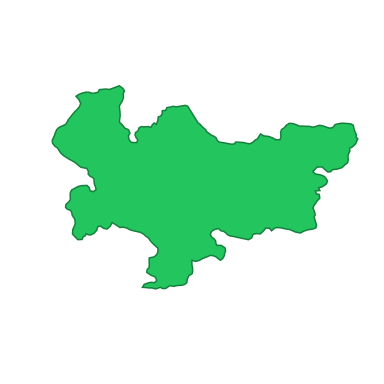 outline of Camacan, Bahia, Brazil, rotated 104°
{"feature_id": "56859067B31300760989852", "entity_name": "Camacan", "entity_type": "district", "adm_level": 2, "iso_a3": "BRA", "parent_name": "Brazil", "parent_adm1": "Bahia", "projection": "robinson", "projection_center": [-39.517, -15.442], "detail": "fine", "context": "isolated", "style": "filled", "palette": "green", "viewbox_px": 384, "rotation_deg": 104, "n_neighbors": 0, "source": "geoboundaries", "source_scale": "gbopen_adm2", "svg_char_len": 4349}
<svg xmlns="http://www.w3.org/2000/svg" viewBox="0 0 384 384"><g transform="rotate(104 192 192)"><path d="M136.3,61.0L135.0,57.5L133.9,55.3L131.9,52.2L128.6,50.2L126.1,48.2L122.7,48.1L120.0,49.3L117.7,49.4L114.3,48.7L111.4,49.7L109.6,47.4L105.8,44.9L103.2,44.6L100.4,43.9L98.9,46.2L96.6,46.4L93.9,48.6L90.7,50.5L88.2,51.6L87.5,54.3L87.9,57.4L88.3,59.9L88.9,63.1L90.2,66.1L91.8,69.3L95.5,71.1L96.8,74.0L96.5,77.7L96.2,80.8L96.4,84.4L98.1,87.1L99.8,90.2L99.9,94.1L100.9,98.2L101.3,100.8L102.1,103.6L101.5,107.1L101.2,110.7L101.8,114.2L104.5,116.7L107.2,117.9L109.9,120.3L112.8,120.4L117.2,119.0L120.1,119.3L121.0,123.2L120.1,126.3L119.5,131.0L120.2,135.6L119.1,139.6L121.9,140.5L124.7,141.4L126.2,143.2L128.8,144.8L131.3,147.5L131.6,151.4L131.5,153.8L132.0,156.5L132.4,159.1L133.0,161.8L135.1,162.5L136.1,165.4L136.4,170.5L136.7,175.0L137.0,177.8L135.9,180.0L133.7,181.6L132.7,183.8L132.1,187.1L131.1,189.6L130.0,192.2L128.3,193.8L127.2,195.9L126.0,198.3L124.5,200.2L123.4,202.9L109.7,217.0L109.6,219.6L110.9,222.5L112.0,225.2L113.1,227.5L113.4,231.1L114.8,233.5L116.1,236.7L119.3,237.4L120.2,240.5L123.5,239.9L126.0,240.8L127.3,242.9L131.0,242.5L134.9,242.9L134.2,245.4L136.4,246.8L139.1,247.3L139.1,250.4L140.4,254.1L140.8,257.1L142.7,259.0L145.7,259.1L148.0,261.2L150.4,261.1L152.7,259.5L154.5,257.3L157.4,257.5L158.6,262.6L156.5,265.8L152.9,267.3L149.9,266.4L146.9,268.7L146.2,272.9L143.7,275.8L141.9,279.2L139.0,279.8L135.6,280.1L131.6,281.3L128.6,282.4L126.2,283.3L123.1,282.5L120.6,281.7L117.2,281.3L113.2,282.5L110.3,282.0L108.2,284.1L106.5,288.2L108.7,291.3L110.7,294.3L112.4,296.8L113.0,300.7L113.9,303.3L115.1,306.7L117.9,307.3L119.1,309.4L120.4,312.6L120.1,316.0L120.8,319.1L122.8,322.8L124.8,325.6L127.2,327.7L129.6,324.2L133.0,321.4L136.6,321.9L140.0,323.6L142.7,325.3L145.1,326.5L148.8,328.1L151.8,329.5L154.3,330.1L156.9,330.9L159.4,334.1L161.7,336.8L164.1,338.3L167.4,338.9L170.2,339.1L173.0,339.6L175.6,340.1L178.3,339.2L180.6,336.4L182.0,332.9L184.3,330.6L186.1,328.5L187.8,325.4L188.6,323.0L189.8,319.5L190.6,316.3L191.5,313.0L193.5,308.8L194.8,306.1L194.8,303.3L194.5,299.9L197.0,297.5L199.7,297.1L201.4,294.7L201.9,291.9L203.5,290.1L207.0,289.1L209.5,287.6L212.6,285.6L215.5,287.7L215.4,291.2L212.6,292.8L211.0,295.5L212.4,300.2L213.8,303.2L215.7,305.6L217.3,307.2L219.0,309.2L221.8,309.9L224.6,309.5L226.7,308.8L228.8,308.2L231.1,309.1L234.6,311.3L237.5,311.0L238.9,308.8L239.2,305.4L241.0,303.8L243.5,302.6L247.0,299.0L251.0,297.6L254.3,298.0L257.1,298.6L261.7,297.8L263.7,294.8L265.9,291.2L264.6,287.1L261.8,286.8L260.2,284.9L258.1,284.5L258.6,282.1L258.0,279.6L255.7,277.0L251.9,275.1L248.4,275.1L247.2,272.6L248.7,268.9L248.5,265.5L245.2,263.1L240.9,262.1L242.5,257.2L243.9,253.4L242.7,250.1L242.8,246.4L243.7,242.9L243.8,239.5L243.7,235.2L243.6,232.3L244.5,229.0L246.0,226.2L247.0,223.4L249.1,221.0L251.1,218.2L253.0,214.8L254.7,211.5L258.2,210.6L261.4,211.2L264.2,213.1L266.2,217.5L269.4,216.9L272.7,215.9L275.8,215.3L277.9,216.7L280.9,216.5L282.6,212.0L283.0,209.3L283.6,206.7L286.6,204.8L289.1,206.6L289.6,210.1L291.4,213.5L293.3,216.1L296.5,217.0L295.8,213.1L295.5,210.4L294.8,207.9L294.8,203.7L292.2,199.8L292.8,196.9L291.9,194.1L288.3,191.0L288.0,186.8L286.8,184.8L286.0,182.5L284.8,179.1L283.6,176.9L281.3,175.1L277.6,175.5L274.1,174.8L271.0,172.0L268.7,172.2L265.7,173.0L262.3,174.6L258.2,175.5L258.5,171.8L256.7,168.4L254.1,165.8L252.3,163.2L250.9,161.3L249.0,158.8L248.7,155.1L249.3,152.6L250.5,150.2L251.3,147.9L249.4,146.2L245.9,145.2L243.7,145.5L241.2,145.1L238.3,146.3L236.7,150.8L237.8,155.1L235.8,156.5L233.6,157.3L232.0,159.4L231.0,162.0L228.6,164.0L225.5,163.5L223.1,161.2L221.0,157.4L222.6,154.8L222.6,151.5L223.8,148.8L225.1,146.7L225.4,144.2L225.1,140.5L224.8,129.7L224.6,125.6L222.1,123.0L218.2,122.5L216.7,119.2L216.2,115.7L213.6,113.8L209.1,111.6L208.4,108.2L210.4,105.4L206.9,103.0L205.9,100.7L205.3,97.5L205.2,92.4L204.8,87.9L205.8,82.1L205.6,76.9L202.9,74.0L200.8,70.7L198.7,65.8L196.9,63.2L194.2,63.0L189.9,65.6L186.7,67.4L184.3,66.9L181.3,68.5L178.4,70.7L176.0,70.5L173.8,69.6L170.1,68.3L167.2,66.5L163.6,67.9L163.7,70.8L161.1,72.6L159.7,68.3L157.3,70.2L155.4,66.8L151.6,63.5L148.6,63.2L146.9,64.7L145.0,67.1L144.4,69.8L144.3,72.7L144.7,76.7L142.9,79.7L140.4,78.2L137.6,76.7L136.2,71.8L138.2,68.2L139.7,65.2L138.9,62.5L136.3,61.0Z" fill="#22c55e" stroke="#15803d" stroke-width="1.5"/></g></svg>